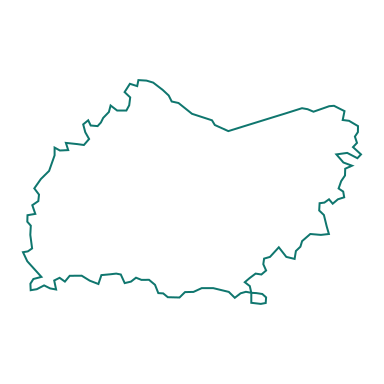 David Canabarro, Rio Grande do Sul, Brazil (Robinson projection)
{"feature_id": "56859067B20020049271411", "entity_name": "David Canabarro", "entity_type": "district", "adm_level": 2, "iso_a3": "BRA", "parent_name": "Brazil", "parent_adm1": "Rio Grande do Sul", "projection": "robinson", "projection_center": [-51.809, -28.414], "detail": "fine", "context": "isolated", "style": "outline", "palette": "teal", "viewbox_px": 384, "rotation_deg": 0, "n_neighbors": 0, "source": "geoboundaries", "source_scale": "gbopen_adm2", "svg_char_len": 1887}
<svg xmlns="http://www.w3.org/2000/svg" viewBox="0 0 384 384"><path d="M36.8,289.2L44.1,285.4L50.1,288.4L56.1,289.5L54.2,280.5L59.6,277.8L64.9,281.6L69.7,275.8L81.7,275.7L89.8,280.7L98.4,284.0L101.4,275.1L110.1,274.3L116.2,273.6L120.8,274.5L124.7,283.1L131.0,281.6L136.0,277.7L141.5,279.9L149.0,279.8L155.0,284.8L158.3,293.1L163.2,293.4L167.8,297.2L179.5,297.5L185.0,292.1L193.5,291.9L201.8,288.1L213.1,288.1L228.8,291.9L234.8,297.8L240.6,293.3L245.9,291.8L251.3,292.8L249.8,286.1L244.8,282.2L249.6,278.1L255.6,273.6L261.4,274.5L266.1,270.5L263.3,264.2L264.1,258.6L270.0,256.9L278.8,247.3L286.3,256.9L294.6,258.9L295.9,251.0L300.4,246.7L302.1,241.1L310.3,234.0L320.9,234.9L328.9,234.0L326.7,226.4L323.9,215.0L319.2,210.5L319.6,203.2L324.4,202.6L329.0,199.3L332.7,203.7L337.9,199.3L344.2,197.3L343.2,191.6L338.6,188.5L341.2,181.1L345.0,175.5L345.2,168.7L352.0,165.7L343.4,162.5L336.4,154.4L347.2,152.9L357.4,158.2L361.0,154.4L353.0,147.1L357.0,142.9L354.9,136.6L357.9,132.1L358.0,126.1L349.0,120.8L342.7,120.0L344.5,111.1L338.7,108.2L334.0,105.8L329.2,106.2L313.5,111.7L307.6,109.2L302.0,108.2L284.6,113.7L275.8,116.4L228.3,131.1L214.8,125.0L212.0,120.3L192.0,113.8L178.5,103.0L171.7,101.5L168.7,95.5L162.8,90.0L153.2,82.6L146.5,80.6L138.4,80.1L137.2,86.1L129.9,83.8L124.6,92.1L130.2,97.4L129.2,105.3L126.4,110.5L117.1,110.5L110.6,105.5L108.9,112.0L103.2,117.9L100.9,122.5L97.6,126.1L90.7,125.5L88.2,120.3L83.2,124.4L85.3,132.3L89.1,139.0L83.9,145.0L77.3,144.1L65.9,142.9L68.2,150.1L59.9,150.5L54.6,147.6L54.6,155.3L49.1,170.9L40.9,179.0L34.3,188.4L39.0,194.6L38.3,201.1L32.3,205.2L35.3,213.9L27.5,215.2L27.3,221.7L30.8,225.7L30.3,234.9L32.1,248.4L27.8,251.4L23.0,252.2L27.3,261.3L41.4,276.9L33.4,279.0L30.4,283.7L30.7,290.2L36.8,289.2ZM251.3,292.8L251.3,302.8L260.8,303.9L265.7,303.0L266.1,297.4L262.3,294.0L256.4,293.1L251.3,292.8Z" fill="none" stroke="#0f766e" stroke-width="2"/></svg>